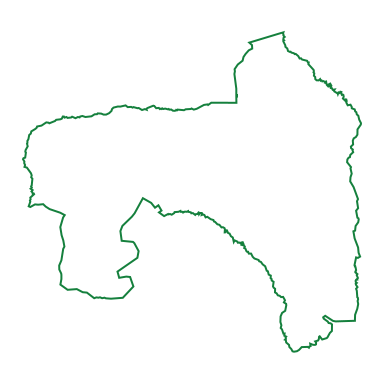 the district of Kapiri Mposhi, Central, Zambia
{"feature_id": "96606910B40769326482894", "entity_name": "Kapiri Mposhi", "entity_type": "district", "adm_level": 2, "iso_a3": "ZMB", "parent_name": "Zambia", "parent_adm1": "Central", "projection": "albers", "projection_center": [28.625, -14.196], "detail": "fine", "context": "isolated", "style": "outline", "palette": "green", "viewbox_px": 384, "rotation_deg": 0, "n_neighbors": 0, "source": "geoboundaries", "source_scale": "gbopen_adm2", "svg_char_len": 5942}
<svg xmlns="http://www.w3.org/2000/svg" viewBox="0 0 384 384"><path d="M122.8,297.8L133.4,286.5L130.1,277.0L126.3,276.6L119.2,277.8L117.5,271.6L137.4,257.8L138.6,251.1L134.3,243.1L133.0,241.9L121.7,240.8L120.4,231.1L122.4,225.9L131.9,216.7L134.6,213.3L142.9,198.2L151.2,202.9L155.0,207.7L158.4,205.3L161.5,210.6L159.0,212.4L164.1,216.1L168.1,214.0L168.4,214.4L170.0,214.0L171.7,214.7L174.2,213.1L174.6,212.1L178.5,211.8L180.5,210.9L180.8,211.8L183.0,211.9L183.2,212.5L184.9,211.6L186.7,211.8L188.1,211.1L188.2,211.8L190.8,212.3L191.3,213.3L192.9,213.1L195.2,214.9L195.7,214.2L197.5,214.0L198.6,212.4L199.1,212.7L199.2,214.2L200.2,213.0L201.8,213.0L202.1,213.4L201.7,215.0L203.1,214.5L204.4,215.0L205.6,217.4L207.3,216.8L210.7,219.2L213.4,220.0L214.0,221.5L215.1,221.9L217.4,224.3L219.4,224.8L221.5,227.4L222.9,227.2L224.5,228.1L224.9,229.3L224.7,232.4L225.5,232.3L226.1,230.3L226.9,230.3L228.1,233.0L229.6,233.6L230.9,236.2L232.8,237.5L233.8,241.9L234.6,240.4L237.4,241.6L237.8,242.7L239.6,242.6L240.7,243.5L241.3,242.5L242.7,242.2L243.6,244.3L243.2,244.7L242.4,243.8L241.7,244.9L243.7,245.4L244.8,246.5L244.2,248.0L245.4,248.6L246.4,251.1L247.3,251.9L248.1,251.8L248.8,253.6L251.1,253.6L252.7,256.8L254.4,258.5L258.6,260.0L259.2,261.3L260.9,261.9L262.7,264.4L265.2,266.3L266.7,270.7L267.9,271.3L268.7,274.6L270.8,275.6L270.6,278.2L271.6,279.0L271.7,280.5L273.6,281.8L273.0,286.4L273.6,287.6L275.1,288.8L275.0,292.4L276.7,293.4L277.8,295.3L279.7,295.8L281.1,297.1L283.1,296.9L285.0,300.3L283.9,302.4L286.1,303.8L286.3,305.2L285.2,310.8L282.1,312.9L280.6,316.4L280.4,322.0L281.4,325.3L280.7,328.0L282.0,329.4L283.4,333.6L284.6,333.5L284.3,335.7L286.2,336.6L285.6,337.5L285.9,338.8L285.0,339.7L285.8,340.0L286.2,342.5L289.0,344.9L289.4,347.1L291.3,349.0L292.5,351.3L294.0,351.7L297.0,351.2L299.2,349.8L301.7,347.1L307.7,346.9L308.9,347.7L309.3,346.6L310.6,346.1L310.2,343.7L313.0,344.8L315.0,344.9L316.0,344.4L316.1,342.6L315.2,341.4L318.1,340.5L318.8,339.2L319.1,336.7L319.7,336.3L322.2,339.5L326.7,338.1L327.5,337.3L329.9,332.9L331.9,331.0L332.0,324.4L330.6,323.3L328.6,323.0L327.8,321.6L323.7,318.6L323.2,317.3L325.2,315.8L333.0,320.9L335.7,321.4L354.9,320.8L355.1,314.8L357.3,308.7L358.2,304.0L357.6,301.0L358.1,299.3L357.8,297.7L357.3,297.3L356.8,290.7L356.1,288.8L357.5,287.1L356.0,284.8L355.7,283.8L356.8,282.9L355.8,282.1L355.6,280.9L356.1,279.8L357.3,279.6L357.1,278.9L357.9,278.0L356.7,275.1L357.4,274.1L355.5,272.5L355.8,272.1L355.4,271.5L356.1,270.2L355.5,267.0L354.9,266.6L355.1,265.8L354.5,265.2L356.1,257.4L357.9,257.9L360.1,256.6L358.6,252.8L358.1,247.5L354.6,238.3L353.4,231.3L355.1,230.6L355.6,226.0L358.2,222.3L358.7,219.4L358.4,218.3L357.4,217.7L356.1,210.7L358.1,208.2L357.0,201.2L358.0,199.1L353.6,187.1L350.2,181.4L350.5,177.2L351.7,173.7L350.5,168.4L351.0,167.1L347.1,162.2L347.4,159.4L348.6,157.7L349.9,157.2L350.3,154.9L353.2,152.2L352.5,150.3L352.8,149.5L351.1,148.2L350.9,146.6L353.1,144.5L352.8,140.7L353.7,138.4L355.9,137.0L357.4,134.7L357.5,129.4L360.8,124.6L361.0,123.2L359.2,119.6L358.3,115.7L356.8,114.4L356.3,112.2L355.2,111.4L354.7,109.4L351.8,108.3L351.7,106.8L350.5,104.7L347.7,105.3L346.3,102.6L346.7,101.1L346.3,99.5L345.5,99.4L345.1,100.6L342.9,98.5L343.7,96.8L343.4,95.0L342.7,94.5L341.9,94.9L341.1,93.2L341.4,92.0L340.3,91.7L339.3,93.0L338.5,92.5L337.9,94.1L337.7,93.5L334.3,91.4L333.9,90.6L334.6,89.5L332.7,89.8L331.9,88.2L330.7,88.0L330.5,87.3L331.4,85.8L330.2,83.6L328.7,84.4L329.5,85.8L328.3,86.5L326.8,84.9L326.4,83.3L325.4,82.9L326.2,82.1L326.1,81.5L324.9,81.9L323.5,81.1L322.3,81.4L321.8,80.6L322.3,80.1L320.7,80.7L320.1,79.1L318.6,80.4L316.6,80.3L315.3,79.1L315.2,77.0L313.9,75.7L314.3,73.3L313.5,72.4L313.9,71.1L313.6,69.9L308.4,64.2L308.7,62.5L308.0,62.5L307.1,60.8L302.0,59.5L301.0,58.3L299.6,58.5L298.3,56.1L295.7,53.9L294.7,54.1L293.8,53.2L291.4,52.6L290.6,51.7L289.8,51.9L288.0,51.0L287.3,48.5L285.4,46.8L285.3,45.3L283.3,41.3L283.3,40.4L284.0,40.2L283.3,39.3L283.6,37.7L284.7,36.9L283.4,35.5L283.5,34.5L283.0,33.6L283.4,32.3L249.3,42.6L252.0,45.1L252.2,48.6L248.8,50.3L245.6,53.9L243.5,57.0L242.6,60.7L237.8,64.5L234.6,69.2L234.9,71.3L234.4,74.0L236.3,88.7L236.3,94.8L237.0,94.9L237.0,96.6L236.3,96.6L236.4,102.8L211.3,102.7L208.1,105.0L207.6,104.4L204.0,104.9L196.7,108.8L193.8,109.6L191.5,108.5L190.8,109.0L185.7,109.3L184.0,110.2L177.6,109.6L177.3,110.2L176.2,109.9L176.0,110.5L174.7,110.8L172.9,110.7L171.2,109.5L169.7,109.7L168.7,109.0L168.2,109.4L165.2,108.6L163.2,109.0L162.3,108.4L161.7,109.0L161.0,108.6L159.9,109.1L158.8,107.9L156.2,108.2L154.3,106.0L153.3,105.7L147.3,108.1L146.3,109.2L146.5,109.7L144.9,109.1L142.0,110.0L138.7,108.0L137.5,108.2L133.5,107.1L132.6,107.6L131.2,106.9L127.7,107.1L125.6,105.4L120.3,106.6L117.9,106.5L113.5,107.6L112.0,109.1L111.5,110.9L109.1,113.2L106.1,114.6L103.6,114.6L101.2,113.6L97.7,113.4L97.0,114.2L94.6,114.3L91.5,116.3L85.4,117.0L82.4,116.0L80.2,116.5L79.6,117.4L77.9,117.0L75.5,118.2L72.1,116.7L71.1,117.5L67.5,117.9L66.5,117.0L64.5,117.6L63.9,116.5L62.8,116.5L61.8,118.7L60.4,119.3L56.2,119.8L55.0,121.0L49.3,123.3L48.6,122.7L46.3,122.4L41.5,125.6L37.1,126.5L36.7,127.7L35.4,128.9L31.3,131.4L30.8,133.6L29.2,135.0L28.4,139.2L27.4,140.9L27.4,143.0L27.0,143.6L27.7,146.3L25.6,150.1L25.3,151.8L25.9,152.5L25.2,157.6L23.5,158.2L23.0,159.2L24.4,161.5L24.2,163.1L25.1,165.0L24.5,166.9L26.9,167.6L31.0,173.3L31.7,175.4L31.2,177.3L32.4,178.7L31.7,185.6L31.1,186.3L31.8,187.6L30.6,188.7L32.6,190.1L31.5,191.5L32.5,192.5L32.7,193.9L33.8,193.6L34.1,194.2L30.3,197.6L30.6,199.4L29.9,200.5L30.3,201.7L28.7,206.3L30.3,207.0L35.0,204.4L38.2,204.7L43.2,204.2L45.7,206.6L49.6,209.1L60.2,212.7L64.7,215.1L63.1,217.5L60.3,227.1L61.6,235.2L63.3,240.5L64.4,246.6L63.2,248.9L61.4,260.3L59.2,265.5L59.3,269.5L61.2,273.5L61.4,274.9L61.4,279.1L60.4,284.6L67.6,289.8L76.8,289.1L82.7,292.2L86.9,292.6L94.2,298.2L96.4,297.4L98.5,297.7L100.0,297.3L102.1,298.2L104.5,297.7L105.8,298.3L111.0,298.7L122.8,297.8Z" fill="none" stroke="#15803d" stroke-width="2"/></svg>